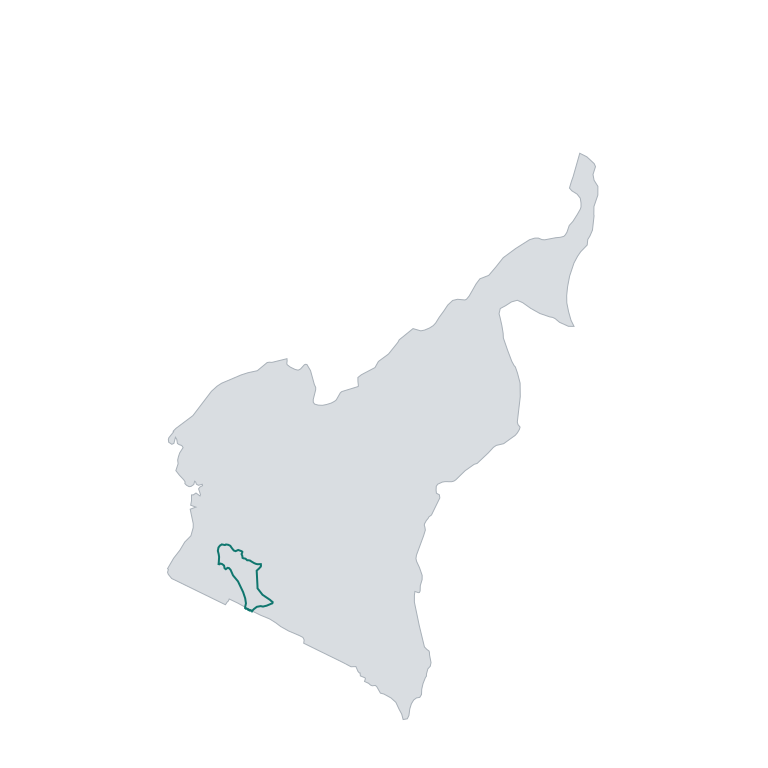 Mvila, Sud, Cameroon (highlighted), rotated 26°
{"feature_id": "32672807B58704883317804", "entity_name": "Mvila", "entity_type": "district", "adm_level": 2, "iso_a3": "CMR", "parent_name": "Cameroon", "parent_adm1": "Sud", "projection": "natural_earth1", "projection_center": [11.499, 2.757], "detail": "fine", "context": "in_parent", "style": "outline", "palette": "teal", "viewbox_px": 768, "rotation_deg": 26, "n_neighbors": 0, "source": "geoboundaries", "source_scale": "gbopen_adm2", "svg_char_len": 5167}
<svg xmlns="http://www.w3.org/2000/svg" viewBox="0 0 768 768"><g transform="rotate(26 384 384)"><path d="M215.2,518.9L216.5,515.0L226.1,496.2L232.1,466.2L234.9,459.2L237.7,454.5L251.6,438.5L256.8,433.5L264.3,427.6L269.6,415.9L271.4,414.7L273.8,413.7L285.7,403.8L286.8,405.7L287.6,408.1L288.5,409.1L292.4,409.9L297.7,409.9L300.8,409.2L302.4,407.1L304.0,401.6L305.0,400.6L306.2,400.3L312.1,404.2L321.7,415.1L324.1,417.0L325.1,419.1L327.2,429.0L328.4,431.4L330.5,432.5L334.2,431.8L338.1,430.1L341.5,427.5L344.9,424.3L347.1,421.3L348.1,419.1L348.6,411.0L349.4,409.3L361.9,397.6L361.6,396.5L359.5,393.2L357.7,389.6L359.5,385.8L361.5,383.0L368.7,373.2L369.1,366.2L374.9,355.1L378.2,340.5L378.3,337.6L385.8,321.5L393.8,320.1L396.8,317.8L400.3,313.8L402.6,310.1L403.7,306.6L404.4,299.7L405.8,291.9L406.7,285.1L409.1,278.8L413.0,275.6L419.9,273.0L421.0,271.7L422.0,267.5L422.9,253.6L424.1,247.4L430.5,240.5L433.3,229.6L435.8,218.2L443.0,204.4L451.5,190.6L455.4,186.9L458.7,185.2L462.6,185.0L465.2,184.0L474.3,177.2L478.1,174.9L480.9,172.5L481.6,170.4L481.9,167.4L481.0,160.3L482.5,155.1L483.4,147.1L483.8,140.8L483.5,138.6L481.7,134.9L479.0,131.0L474.4,128.7L468.1,128.0L464.8,126.6L463.6,119.4L463.1,114.8L458.8,90.8L466.8,90.9L476.3,93.8L478.8,95.9L480.0,104.1L483.5,108.8L489.6,112.6L493.4,120.5L494.9,132.5L498.3,139.7L499.1,140.8L503.9,154.3L504.2,160.6L503.8,164.8L505.7,170.0L502.8,178.9L502.0,184.3L501.7,192.0L503.5,205.5L506.3,215.9L509.4,224.4L512.7,230.9L518.2,238.1L524.1,244.7L529.5,248.9L524.5,251.3L514.7,251.6L509.1,250.2L506.4,250.2L503.7,251.0L493.3,252.3L482.8,251.7L473.0,250.1L467.1,250.3L462.6,254.3L458.9,260.4L455.4,265.2L456.6,270.4L459.2,273.4L464.3,279.8L468.8,286.1L471.1,290.3L480.2,299.4L488.9,307.6L493.0,310.5L494.6,311.1L499.3,315.8L505.9,323.5L512.0,335.6L520.5,359.8L522.3,361.8L525.2,363.1L525.6,365.6L525.3,369.4L524.5,372.5L517.7,385.2L511.8,390.0L510.1,393.0L507.9,400.3L502.5,414.6L500.2,416.7L494.9,426.4L490.5,438.7L489.4,440.6L487.7,442.1L481.5,445.1L479.4,446.6L476.2,450.5L475.8,453.0L477.3,456.5L479.0,459.2L482.3,459.3L484.1,461.9L484.1,480.9L482.6,483.8L482.6,485.1L481.9,488.3L481.7,492.0L482.2,493.4L483.4,494.6L485.2,497.2L486.1,503.0L488.2,523.6L489.2,526.8L491.0,529.1L496.4,533.5L502.2,539.3L504.0,543.1L505.0,549.3L507.2,554.2L507.2,555.9L506.3,556.5L502.7,556.9L503.9,560.5L506.9,566.7L521.6,585.7L535.6,602.6L538.9,603.8L541.4,604.2L542.4,605.2L543.8,607.7L548.4,613.8L549.3,617.4L548.3,620.8L549.3,626.1L550.2,628.0L549.9,629.7L550.4,636.2L551.7,641.8L553.8,646.6L553.5,650.0L550.8,651.9L549.2,655.0L548.8,659.4L549.6,664.7L551.7,671.0L551.7,674.7L548.3,677.2L544.6,672.9L540.4,669.9L534.2,664.9L527.9,663.1L519.8,662.7L516.3,663.4L510.3,659.3L508.4,658.7L505.7,660.4L503.8,660.5L501.5,659.8L496.9,659.9L496.5,657.0L495.7,656.4L490.7,656.7L489.2,654.2L488.5,654.5L486.6,653.7L482.6,650.3L478.3,652.6L469.6,652.3L425.5,652.2L424.4,649.0L422.2,647.3L418.3,647.2L406.6,647.8L397.6,647.3L391.6,646.1L384.1,645.3L374.9,645.9L365.4,645.9L348.5,645.0L339.1,645.1L339.3,647.1L338.7,648.5L338.2,651.9L278.4,651.9L273.5,649.6L272.0,648.1L271.5,645.2L270.4,644.9L271.3,632.8L273.4,622.8L274.2,613.4L277.0,605.1L275.5,596.8L273.8,593.2L264.7,581.5L268.9,577.1L263.4,577.7L262.2,573.4L259.6,568.1L261.2,567.3L262.8,564.4L267.7,565.3L267.6,563.9L263.3,559.5L263.7,557.3L265.5,554.9L264.6,553.8L261.6,556.4L259.3,556.3L257.6,554.6L256.4,554.4L257.1,557.7L255.4,560.7L253.8,561.7L251.0,561.6L248.7,560.8L248.1,559.1L246.0,557.9L240.0,555.6L234.9,553.1L233.9,545.9L231.9,542.8L231.1,539.4L230.6,535.4L231.3,529.3L230.0,528.3L228.6,528.0L226.4,528.3L224.4,528.0L222.0,524.6L219.9,523.3L221.2,529.5L219.7,531.2L216.0,530.7L214.5,528.4L214.2,526.6L215.9,519.1L215.2,518.9Z" fill="#d9dde1" stroke="#a8b0b8" stroke-width="1"/><path d="M329.2,596.7L325.7,597.1L323.9,599.3L322.0,599.5L319.6,598.4L317.6,597.3L316.8,596.8L314.5,596.8L312.3,597.5L311.9,598.2L311.6,598.5L310.4,598.8L308.5,599.3L308.0,600.2L307.4,601.1L306.9,603.5L307.8,606.8L310.0,609.4L311.6,611.7L313.4,616.0L314.3,618.4L315.1,618.2L315.7,617.1L317.4,616.8L319.8,617.3L321.5,619.5L323.0,619.8L324.0,617.8L325.3,617.4L327.6,618.3L332.2,622.2L339.3,625.4L348.6,632.8L353.2,637.5L356.1,641.7L356.9,645.1L357.4,646.3L358.0,646.4L358.3,646.5L358.5,646.2L358.8,646.0L359.1,646.2L359.7,646.2L360.1,646.3L360.1,646.0L360.2,645.9L360.4,645.9L360.7,646.0L360.9,646.3L361.3,646.1L361.5,646.1L361.5,646.5L362.0,646.5L362.1,646.0L362.6,645.9L363.0,646.2L363.3,645.8L363.5,645.8L363.7,646.1L364.0,646.1L364.3,646.0L364.4,645.7L364.6,645.7L365.0,646.0L365.1,645.2L365.7,643.4L367.4,640.0L370.5,637.7L372.8,637.1L374.7,635.5L375.7,634.7L378.4,631.6L378.6,631.3L379.7,630.2L379.8,629.6L379.5,628.8L377.5,628.4L376.3,628.0L367.2,626.7L359.9,623.1L358.6,620.6L353.4,611.2L351.4,607.6L352.0,606.0L352.7,604.4L352.8,603.6L353.3,602.2L353.1,601.3L352.3,599.9L351.3,600.4L351.1,600.5L349.4,601.4L347.7,601.8L345.8,601.9L343.4,601.7L342.8,601.7L341.1,601.4L340.9,601.5L339.8,601.7L338.3,602.4L336.7,601.9L336.4,601.8L335.6,601.8L334.1,602.3L333.9,602.3L333.1,602.3L332.0,600.6L330.5,599.3L330.5,597.8L330.2,596.9L329.4,596.7L329.2,596.7Z" fill="none" stroke="#0f766e" stroke-width="2"/></g></svg>